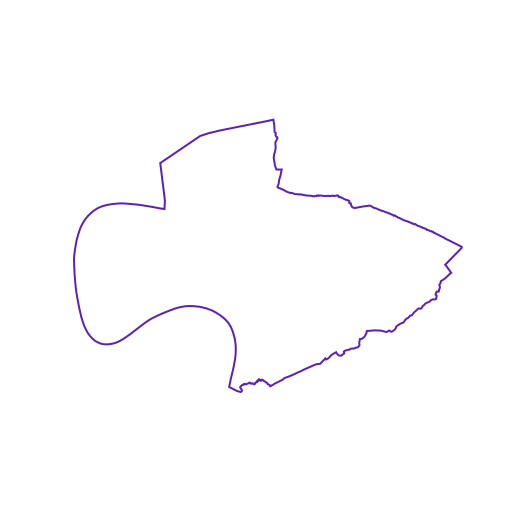 Phra Pradaeng, Samut Prakan, Thailand (Mercator projection), rotated 241°
{"feature_id": "78962969B48513607541542", "entity_name": "Phra Pradaeng", "entity_type": "district", "adm_level": 2, "iso_a3": "THA", "parent_name": "Thailand", "parent_adm1": "Samut Prakan", "projection": "mercator", "projection_center": [100.538, 13.653], "detail": "fine", "context": "isolated", "style": "outline", "palette": "violet", "viewbox_px": 512, "rotation_deg": 241, "n_neighbors": 0, "source": "geoboundaries", "source_scale": "gbopen_adm2", "svg_char_len": 6102}
<svg xmlns="http://www.w3.org/2000/svg" viewBox="0 0 512 512"><g transform="rotate(241 256 256)"><path d="M372.6,151.3L373.6,147.7L374.2,144.8L374.5,141.8L374.5,139.3L374.2,135.4L373.6,132.7L372.5,128.5L371.5,125.9L370.3,123.2L368.1,119.5L366.5,117.1L364.8,115.0L361.0,110.9L356.4,106.4L350.3,101.5L344.6,97.3L342.1,95.7L339.6,94.3L335.7,92.3L327.8,88.4L321.2,85.4L314.5,82.5L308.9,80.4L297.5,76.6L291.8,74.9L287.6,73.7L283.3,72.8L279.0,72.0L274.6,71.6L270.1,71.6L267.1,72.0L264.1,72.6L259.5,74.2L254.9,77.5L253.2,79.4L252.4,80.5L251.0,82.7L250.4,84.0L249.3,86.8L248.4,89.7L247.9,92.7L247.7,95.6L247.8,99.7L248.0,102.4L248.6,107.9L251.2,125.3L251.8,131.3L251.9,134.3L251.6,140.5L251.1,146.5L250.2,153.9L249.3,159.6L248.7,162.5L247.9,165.3L246.4,169.6L244.5,173.6L242.2,177.4L238.9,182.1L234.4,187.1L229.6,191.2L225.9,193.6L223.5,194.9L221.2,196.1L217.6,197.6L214.8,198.5L211.9,199.2L210.4,199.4L207.6,199.6L205.0,199.5L201.0,199.0L195.8,197.8L193.3,197.1L190.6,196.1L187.7,194.9L185.0,193.5L181.5,191.5L179.2,190.0L175.8,187.6L170.1,182.9L166.8,180.0L161.3,174.9L154.5,169.0L147.2,173.9L144.5,176.6L144.5,177.2L144.8,178.2L145.1,178.6L145.6,178.7L147.9,178.4L148.7,178.5L149.2,178.8L149.8,181.1L149.4,182.7L149.6,183.0L149.9,183.3L149.8,183.8L149.7,184.1L148.8,184.7L148.6,185.0L148.6,186.4L148.3,187.3L148.4,188.7L148.4,189.0L148.1,189.3L147.0,189.5L146.8,189.7L146.6,190.1L146.7,190.7L146.5,191.1L146.2,191.3L145.7,191.4L145.2,191.7L144.8,192.1L144.6,192.6L144.6,192.9L145.5,193.8L145.2,195.5L146.0,195.9L146.1,196.1L145.5,197.0L145.4,197.5L145.6,197.7L146.4,197.8L146.6,198.0L146.9,198.4L146.7,198.8L146.5,199.0L145.7,199.2L145.6,199.5L145.6,199.9L145.5,200.1L145.1,200.1L144.7,199.8L144.4,199.9L144.4,200.2L144.8,201.2L144.7,201.6L144.5,201.8L143.3,202.0L142.6,202.6L141.3,203.1L140.8,203.5L140.2,203.7L139.3,204.3L138.3,204.1L137.5,204.7L136.3,205.5L135.8,205.5L135.4,205.2L135.1,205.4L135.2,206.2L135.1,208.2L135.3,210.0L134.9,219.1L135.1,220.3L135.4,221.5L135.4,222.3L135.0,224.3L134.5,227.6L134.1,232.1L133.9,236.2L133.7,236.8L133.3,244.3L132.3,255.0L131.8,257.1L130.9,259.1L130.6,260.0L132.2,264.7L132.1,265.8L132.8,266.7L132.9,267.0L131.5,267.3L131.4,268.8L131.5,269.7L132.2,272.2L132.9,274.1L133.0,276.1L133.0,279.4L131.2,279.5L129.2,280.0L127.7,281.7L127.5,282.7L127.9,284.0L128.0,286.0L129.7,286.4L130.1,287.4L129.4,290.8L129.2,291.3L128.8,292.0L128.8,292.9L129.0,293.4L129.0,293.7L128.5,295.1L127.6,296.8L127.4,297.8L127.3,299.3L126.9,300.3L126.8,301.1L127.7,303.1L128.1,303.4L129.8,304.1L130.6,304.6L131.9,305.8L133.0,306.6L132.5,307.7L132.3,308.5L132.4,310.1L132.7,311.5L133.6,313.1L135.0,315.2L135.6,315.8L136.6,316.3L136.7,316.6L135.5,319.1L133.6,323.4L130.8,328.1L129.4,330.0L126.2,333.3L126.2,336.4L126.0,336.6L124.9,337.0L124.4,337.4L124.0,338.1L124.0,338.9L124.3,341.5L124.5,342.2L124.8,342.8L126.3,344.6L126.4,345.0L126.8,348.6L126.6,351.4L126.3,352.6L126.7,353.5L127.5,355.0L127.8,355.7L128.2,357.6L128.2,359.6L129.0,361.4L129.0,362.1L128.6,363.6L129.8,366.3L130.1,367.2L130.4,368.4L130.7,370.2L131.3,372.1L131.2,372.9L130.2,374.4L130.0,375.1L130.4,376.0L131.4,377.5L131.6,379.0L132.2,380.7L132.3,382.9L131.9,385.7L132.1,386.4L132.6,387.7L132.6,388.3L132.3,389.6L131.2,391.7L131.1,392.2L131.1,392.7L131.5,393.1L132.2,393.5L132.8,394.2L133.4,394.6L134.0,394.8L135.2,394.3L135.4,394.4L137.3,396.7L137.3,396.9L136.3,398.4L136.3,398.7L137.9,399.8L138.9,401.3L139.3,401.6L140.2,402.0L141.8,402.3L143.1,404.6L143.4,404.8L144.1,405.1L144.3,405.4L144.4,405.7L144.5,408.4L144.8,410.9L146.5,417.2L146.6,418.6L152.4,417.9L153.8,417.9L156.6,417.2L157.3,419.7L157.7,420.7L163.3,439.5L164.0,440.3L164.3,440.4L165.8,439.3L168.6,437.5L170.7,436.0L174.3,433.6L179.1,430.2L180.0,429.7L181.0,429.3L182.4,428.2L186.6,425.4L188.2,424.2L189.1,423.9L189.8,423.0L190.1,422.8L190.8,422.8L191.2,422.7L191.4,422.4L191.5,422.0L191.8,421.7L192.1,421.6L192.4,421.6L192.6,421.4L193.5,420.3L194.2,420.0L194.8,419.4L195.6,418.9L195.9,418.5L196.2,417.9L196.4,417.8L197.0,417.9L197.3,417.9L198.5,416.7L199.3,416.1L199.7,415.4L200.4,415.2L201.0,414.7L201.8,414.2L202.2,413.7L203.5,412.7L204.3,411.8L204.9,411.6L205.7,411.2L206.7,410.8L206.9,410.5L207.1,409.6L207.3,409.3L208.6,408.9L208.9,408.2L209.2,407.9L210.5,407.3L211.0,406.7L212.0,406.0L215.8,402.5L220.0,399.7L220.7,398.8L221.6,398.6L222.4,397.9L223.0,397.5L224.2,397.2L224.3,397.0L224.4,396.1L224.5,395.8L225.6,395.7L226.5,394.7L228.6,393.4L228.8,393.2L229.1,392.4L230.0,392.1L230.3,391.9L230.7,391.6L231.2,390.9L233.3,389.3L233.9,388.5L235.6,387.1L236.7,386.1L239.0,384.5L241.2,382.3L244.2,380.6L245.1,379.6L247.8,372.6L249.7,366.7L250.0,365.8L250.4,365.3L251.5,364.2L252.2,363.9L252.7,363.8L253.9,363.8L255.6,364.3L256.0,364.4L256.8,363.4L257.3,363.3L257.5,363.3L258.6,364.3L258.9,364.3L260.7,363.0L261.2,362.3L262.2,361.4L263.5,360.5L266.5,358.5L267.0,357.4L267.3,357.1L267.9,356.9L268.8,357.3L269.1,357.1L269.9,355.9L270.0,354.9L270.8,353.1L271.5,352.6L271.8,351.6L272.6,349.8L273.1,348.9L273.8,348.2L274.2,346.9L274.9,345.6L275.7,344.5L276.4,343.3L277.2,342.5L277.4,341.9L277.9,341.2L278.0,340.4L278.7,340.1L278.7,339.4L279.3,338.9L279.4,338.6L279.0,338.1L279.0,337.9L279.7,336.9L279.8,336.1L280.4,335.7L280.6,334.7L281.2,334.3L281.8,333.4L282.3,333.0L283.5,330.8L284.3,329.8L285.0,328.7L287.4,326.0L287.5,325.6L288.6,324.6L288.8,324.2L288.8,323.6L289.4,323.0L291.1,320.3L294.0,317.7L294.1,317.0L297.1,314.2L299.3,312.8L300.4,312.2L302.8,310.4L304.6,308.8L305.3,308.4L305.9,308.2L308.1,310.7L311.5,313.3L313.4,315.3L314.5,316.4L319.2,320.4L321.7,315.8L326.0,316.5L332.5,318.8L333.3,319.1L336.4,321.4L337.4,322.6L339.7,324.6L341.5,325.9L342.7,326.5L344.3,327.1L345.8,327.9L346.4,328.6L347.5,330.3L348.7,331.9L349.0,332.1L349.5,332.2L350.6,331.6L351.4,331.5L352.3,331.7L352.7,331.9L353.3,332.6L353.8,332.9L354.3,332.8L354.9,332.5L355.4,332.4L361.6,335.4L366.8,337.3L368.9,330.2L370.1,326.6L382.7,287.2L386.3,274.4L388.0,265.6L388.0,264.8L383.7,217.3L350.3,203.9L347.8,202.7L341.5,198.7L343.9,195.5L349.7,188.5L357.2,178.9L359.9,175.1L365.0,167.5L367.4,163.6L368.7,161.0L371.0,155.7L372.6,151.3Z" fill="none" stroke="#5b21b6" stroke-width="2"/></g></svg>